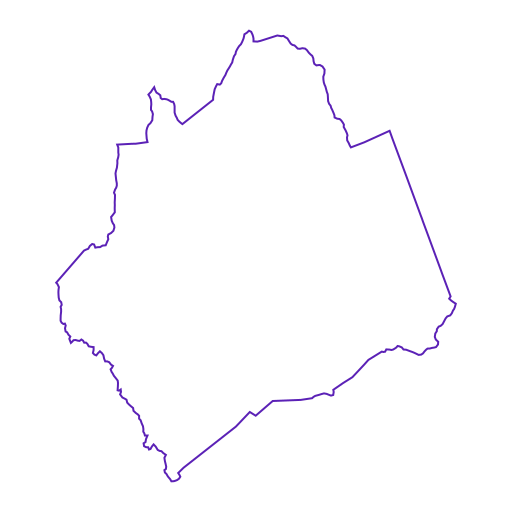 outline of Ipirá, Bahia, Brazil
{"feature_id": "56859067B36426847002914", "entity_name": "Ipirá", "entity_type": "district", "adm_level": 2, "iso_a3": "BRA", "parent_name": "Brazil", "parent_adm1": "Bahia", "projection": "equal_earth", "projection_center": [-39.836, -12.21], "detail": "fine", "context": "isolated", "style": "outline", "palette": "violet", "viewbox_px": 512, "rotation_deg": 0, "n_neighbors": 0, "source": "geoboundaries", "source_scale": "gbopen_adm2", "svg_char_len": 4782}
<svg xmlns="http://www.w3.org/2000/svg" viewBox="0 0 512 512"><path d="M112.3,215.6L111.1,217.0L111.7,220.7L112.8,223.2L114.1,225.1L114.4,227.5L113.4,230.8L111.1,233.0L108.3,234.5L107.8,236.6L108.3,239.2L107.0,242.1L105.7,245.3L102.5,245.6L100.1,247.1L97.7,247.2L95.3,247.6L94.1,244.5L92.2,244.0L89.9,245.9L88.2,248.8L86.3,249.5L84.0,250.6L56.2,282.7L57.4,284.0L58.9,287.1L58.5,290.0L58.4,292.3L58.5,294.7L58.7,297.6L59.4,300.4L61.2,302.2L61.7,304.9L60.6,306.8L61.1,309.1L61.1,311.8L60.7,315.4L60.6,318.6L60.6,320.8L61.6,322.7L63.4,324.0L64.9,323.6L65.7,325.5L65.0,328.2L65.6,331.5L67.1,332.3L68.5,334.8L70.3,336.5L69.3,338.8L70.9,342.9L72.3,341.6L73.5,340.2L75.6,340.0L77.9,340.7L79.6,340.9L81.4,339.5L83.1,340.7L84.2,342.7L86.0,342.6L87.4,343.9L88.7,346.3L91.1,346.8L93.6,347.1L93.6,350.0L92.9,353.0L94.4,354.6L96.3,355.4L97.9,353.3L99.9,351.3L101.9,353.1L103.4,355.2L104.1,358.6L105.2,361.4L107.2,361.4L109.2,362.2L111.0,364.6L113.0,365.9L111.9,367.9L110.6,369.3L111.6,371.9L112.7,373.5L113.9,375.8L116.0,378.4L117.7,380.6L118.0,383.0L117.9,386.2L117.6,390.3L119.1,390.7L120.7,389.5L121.0,391.9L120.1,394.4L122.4,397.5L124.6,398.6L126.5,399.7L127.2,402.6L128.9,404.4L130.9,406.2L133.1,408.0L133.5,410.8L135.8,413.0L137.8,414.4L139.1,415.8L139.1,418.7L140.6,420.2L141.7,423.4L143.0,426.3L143.4,429.1L143.3,431.7L144.3,433.3L144.9,435.5L147.5,435.5L146.0,439.1L145.5,442.1L143.6,443.3L144.1,446.2L146.1,447.2L148.2,447.3L149.0,449.5L150.5,449.0L151.9,446.5L153.6,444.4L155.7,446.6L157.7,449.9L159.6,450.9L161.5,451.2L163.2,453.0L165.9,454.9L164.4,457.8L164.9,461.1L165.6,463.9L166.2,466.7L165.9,469.0L164.4,470.1L164.9,472.5L166.4,473.9L167.9,476.5L170.1,479.1L171.4,481.3L173.8,481.2L175.5,480.7L177.2,480.0L179.0,478.7L180.3,476.7L179.4,474.8L178.2,473.0L183.6,467.7L235.9,426.6L249.8,412.0L255.7,415.7L272.7,401.0L300.8,399.9L312.1,398.2L313.5,396.9L315.2,395.9L317.0,395.4L318.9,394.9L321.4,394.1L324.0,393.4L326.7,393.9L328.9,394.8L331.0,395.6L333.2,395.0L333.7,392.0L333.3,389.8L343.0,383.1L352.4,377.2L364.2,364.6L368.4,359.9L381.8,351.6L383.3,352.0L385.1,351.7L386.3,349.4L387.9,349.5L389.7,349.6L391.4,350.0L393.0,349.6L394.4,348.8L396.2,347.6L397.6,346.0L399.2,346.3L401.8,347.4L403.5,349.5L406.1,349.7L408.5,350.6L410.4,351.3L412.4,352.0L414.3,352.8L416.4,353.8L418.6,354.9L421.2,354.6L423.0,353.4L424.5,351.4L426.1,349.7L427.5,348.6L429.9,348.5L432.0,347.9L434.0,347.6L436.0,347.1L438.0,344.5L438.2,341.8L435.8,339.5L434.8,336.9L435.3,333.5L436.8,331.2L436.9,329.2L438.7,326.6L440.6,325.9L442.6,324.1L444.4,320.7L445.6,318.4L447.3,316.4L450.2,315.4L451.8,313.3L453.0,310.5L454.1,309.0L454.9,306.9L455.8,303.7L453.3,302.1L451.1,300.5L449.2,298.7L450.6,296.4L442.0,273.3L441.0,270.5L427.9,234.9L422.9,221.4L421.8,218.2L420.8,215.6L406.2,175.8L392.4,138.6L389.6,130.8L364.3,142.3L350.9,147.4L349.8,145.5L348.7,143.0L347.2,140.4L347.0,137.4L347.5,135.3L346.9,133.3L345.6,130.4L343.7,127.0L343.9,124.6L342.9,122.8L341.2,120.4L339.6,119.0L337.2,118.7L334.6,117.5L334.4,115.2L333.6,113.1L332.1,109.6L331.2,107.9L330.6,105.7L329.1,103.8L328.1,101.1L327.9,96.9L327.7,94.2L326.8,91.8L326.0,88.7L325.4,86.5L324.5,84.6L323.8,82.4L323.4,79.6L323.3,76.7L324.4,73.5L324.6,69.6L322.5,66.5L319.9,65.0L318.3,65.1L316.4,65.4L314.3,63.8L313.6,61.3L313.3,58.4L312.2,55.8L310.7,54.6L308.8,52.7L306.9,50.1L305.1,48.6L302.4,48.2L299.9,48.8L297.7,48.6L296.0,46.8L294.5,45.4L292.4,44.9L290.7,43.6L289.0,41.0L287.4,38.4L285.3,37.2L283.4,35.9L281.3,36.2L277.3,35.5L260.4,40.9L257.4,41.6L253.5,41.4L253.5,38.6L253.1,36.5L252.5,34.6L251.2,31.8L249.0,30.7L246.8,32.8L244.4,34.3L244.0,36.6L243.5,38.6L242.1,42.0L240.9,44.3L239.2,46.0L238.0,47.8L236.9,49.7L235.9,51.8L235.5,54.0L234.0,56.2L232.8,59.8L232.2,62.5L231.0,64.4L230.0,66.3L228.7,68.4L227.4,70.4L226.4,72.5L225.4,75.0L223.8,77.6L222.1,80.8L221.2,83.3L219.8,84.6L217.2,84.1L216.1,86.1L214.7,89.2L214.2,91.6L213.7,94.2L213.2,96.8L213.1,99.8L182.4,124.1L180.7,122.8L179.1,121.4L177.6,119.8L176.9,118.0L175.6,115.7L174.6,112.6L174.6,109.4L174.6,106.2L174.2,104.1L173.1,101.8L171.4,101.8L169.6,100.7L168.2,99.9L166.7,99.3L164.2,98.9L162.2,99.2L160.7,98.0L160.3,95.3L158.6,93.9L156.5,92.6L155.1,90.0L154.2,87.2L152.1,90.1L151.0,91.9L149.5,93.4L148.4,94.6L149.6,96.5L150.9,99.4L151.2,102.1L151.3,104.4L151.0,107.3L151.0,109.9L152.1,111.4L152.9,114.1L152.5,116.9L152.3,120.2L150.4,123.2L148.5,124.9L147.2,127.7L146.5,130.4L146.3,133.2L146.5,135.9L146.7,138.6L147.5,142.1L135.9,143.7L131.6,143.8L117.2,144.6L118.3,147.5L118.3,150.1L118.3,152.5L118.6,154.7L118.2,157.3L117.3,160.4L117.4,163.3L116.9,167.7L116.0,170.8L115.5,173.4L115.8,176.4L116.2,180.2L116.8,183.3L116.8,185.7L116.2,187.7L115.1,189.5L114.0,192.7L115.0,194.9L114.9,198.9L114.7,202.4L114.8,205.1L114.7,208.3L114.8,212.3L112.3,215.6Z" fill="none" stroke="#5b21b6" stroke-width="2"/></svg>